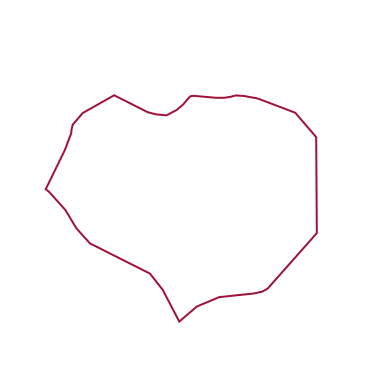 the Parish of Saint Joseph, rotated 339°
{"feature_id": "DMA-1436", "entity_name": "Saint Joseph", "entity_type": "Parish", "adm_level": 1, "iso_a3": "DMA", "parent_name": "Dominica", "parent_adm1": "", "projection": "robinson", "projection_center": [-61.392, 15.442], "detail": "fine", "context": "isolated", "style": "outline", "palette": "rose", "viewbox_px": 384, "rotation_deg": 339, "n_neighbors": 0, "source": "natural_earth", "source_scale": "10m", "svg_char_len": 599}
<svg xmlns="http://www.w3.org/2000/svg" viewBox="0 0 384 384"><g transform="rotate(339 192 192)"><path d="M133.7,308.4L129.6,272.9L123.5,253.1L78.3,203.4L71.1,184.7L67.3,163.3L58.5,140.4L56.4,137.0L88.2,107.4L100.2,94.0L102.1,90.2L104.9,86.3L118.3,79.1L154.0,73.8L179.2,101.6L186.2,106.6L195.7,111.3L207.3,109.9L215.2,107.1L223.3,102.6L225.4,102.1L227.8,102.7L248.3,112.7L255.5,115.5L261.7,116.9L267.7,117.6L275.3,121.2L286.8,128.2L316.8,155.0L327.6,185.3L293.8,275.1L228.0,309.3L221.9,310.2L213.4,308.9L179.8,299.9L155.6,300.6L133.7,308.4Z" fill="none" stroke="#9f1239" stroke-width="2"/></g></svg>